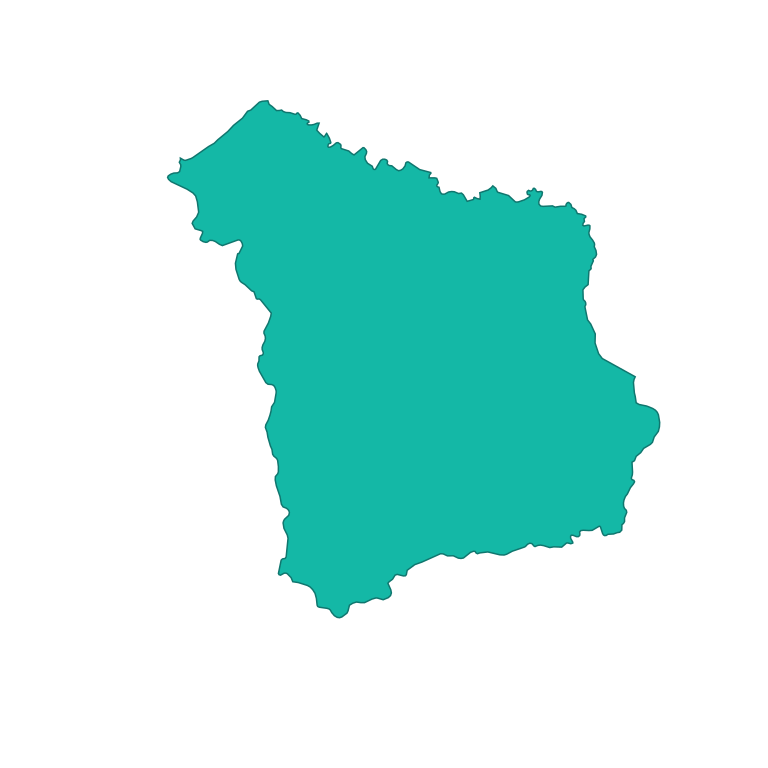 Piraera, Lempira, Honduras, rotated 110°
{"feature_id": "27666195B26013568254344", "entity_name": "Piraera", "entity_type": "district", "adm_level": 2, "iso_a3": "HND", "parent_name": "Honduras", "parent_adm1": "Lempira", "projection": "mercator", "projection_center": [-88.47, 14.049], "detail": "fine", "context": "isolated", "style": "filled", "palette": "teal", "viewbox_px": 768, "rotation_deg": 110, "n_neighbors": 0, "source": "geoboundaries", "source_scale": "gbopen_adm2", "svg_char_len": 6171}
<svg xmlns="http://www.w3.org/2000/svg" viewBox="0 0 768 768"><g transform="rotate(110 384 384)"><path d="M601.0,402.1L599.9,396.7L599.5,387.1L600.0,384.0L601.6,380.7L604.3,377.2L608.6,374.2L614.7,371.2L615.7,370.2L615.9,368.5L614.3,360.9L614.2,358.7L614.7,357.2L616.7,354.9L618.7,351.4L619.3,348.2L618.8,345.8L617.3,343.9L611.9,340.4L609.4,340.2L603.7,340.8L600.7,338.4L598.3,335.3L597.4,331.0L596.1,327.5L590.2,321.7L587.8,318.4L587.4,317.0L587.0,311.0L583.3,306.9L580.6,305.5L577.8,305.6L575.1,307.2L569.9,312.2L568.2,311.6L564.5,309.2L559.8,308.2L558.4,306.5L557.7,300.1L556.9,298.3L555.6,297.8L551.1,298.5L543.2,293.3L538.4,287.5L524.2,272.9L523.4,270.3L523.8,265.6L521.7,260.1L522.2,254.7L521.6,252.0L520.3,249.8L512.6,245.1L510.5,242.6L510.2,241.0L511.3,239.7L511.5,238.1L510.0,236.3L506.3,229.0L504.9,216.7L503.6,212.6L502.0,210.5L497.2,206.2L489.3,196.4L488.3,195.5L485.5,194.3L483.7,192.5L483.4,190.4L485.0,187.6L485.1,186.5L483.1,184.3L481.9,182.0L481.3,178.8L481.0,172.3L478.9,168.7L476.5,161.2L471.0,158.1L470.5,156.9L470.2,153.8L468.9,152.2L468.1,152.5L465.1,155.9L463.2,156.6L462.0,156.3L461.5,154.6L461.6,150.9L461.0,149.2L459.5,148.3L458.0,148.6L456.1,149.6L454.5,149.0L453.3,146.8L451.6,141.3L450.3,138.3L444.1,133.2L443.9,132.5L444.3,131.7L449.8,127.4L450.8,126.1L451.0,124.9L450.4,123.5L448.6,122.1L446.4,117.0L443.9,114.0L442.7,111.8L440.0,110.6L434.9,112.3L433.1,111.3L431.0,110.9L427.5,112.2L421.6,112.0L419.8,113.1L418.7,115.4L416.9,117.0L413.9,118.3L411.0,118.8L407.2,118.7L404.1,117.7L397.2,117.0L392.4,115.4L390.2,115.1L389.1,116.2L389.0,118.4L387.9,119.4L384.3,119.6L381.8,120.3L372.7,124.2L370.4,122.4L365.7,122.3L360.7,119.3L355.7,118.0L349.6,113.0L347.0,111.8L341.4,112.0L334.7,110.0L330.1,110.5L325.8,111.8L319.1,115.6L317.1,117.6L315.8,120.0L315.1,123.1L314.9,127.4L314.9,129.8L316.0,137.3L315.4,140.6L309.7,143.7L306.7,145.7L297.3,150.1L294.1,150.6L291.3,150.4L285.4,187.6L282.1,192.7L273.3,199.7L264.7,202.6L256.9,210.3L254.2,214.6L242.6,221.7L240.5,221.5L238.8,222.2L237.6,223.3L236.6,225.4L235.7,226.0L227.4,229.3L224.2,228.3L220.8,226.2L207.7,230.1L204.9,228.8L202.6,229.8L196.7,229.4L195.5,230.4L192.3,228.7L189.5,228.6L186.0,230.5L183.2,233.3L180.7,233.9L179.6,234.6L177.5,237.1L175.2,240.8L173.1,242.6L171.6,243.3L167.9,243.6L164.9,244.6L164.6,245.3L164.9,246.6L167.1,250.1L166.9,251.4L164.9,251.9L162.8,251.2L160.2,252.6L158.0,251.5L157.1,252.0L156.9,256.3L157.7,260.6L155.1,263.1L154.2,265.3L153.9,267.8L151.3,269.8L150.2,272.5L150.6,273.3L151.6,274.0L153.0,274.3L154.4,273.9L155.1,274.7L156.6,278.9L159.3,283.7L159.0,286.6L162.7,295.3L163.2,297.7L162.0,299.9L159.8,300.9L157.0,301.0L152.7,300.1L149.7,300.7L149.2,301.5L149.3,302.4L150.7,304.8L150.9,306.1L150.6,306.9L149.2,308.2L148.7,309.9L149.2,310.6L151.0,310.7L152.1,311.6L152.7,312.6L152.6,314.4L154.1,315.3L155.2,315.1L156.6,314.1L156.8,313.1L156.4,311.9L156.7,311.2L157.3,311.1L158.7,311.6L162.9,315.0L167.0,320.1L167.8,321.9L167.9,323.0L164.3,331.4L164.9,342.6L164.4,343.5L161.9,345.8L160.6,349.5L163.1,350.5L166.1,352.5L171.5,359.4L174.6,357.8L177.5,357.0L177.9,360.0L177.6,362.9L178.2,363.3L179.4,363.0L180.2,363.3L183.9,368.3L179.1,374.1L178.1,376.5L179.5,379.1L179.3,383.7L180.0,386.3L181.5,389.0L184.8,391.9L185.5,393.6L185.6,395.1L184.0,397.2L180.3,399.6L180.4,401.2L179.9,402.1L178.9,402.4L177.2,401.9L175.9,402.0L172.7,404.8L172.9,406.6L174.9,412.2L172.1,412.8L169.9,412.0L169.3,412.4L170.3,423.8L167.0,436.9L167.4,438.2L168.6,439.1L171.9,438.8L175.5,439.9L177.4,441.4L178.6,443.2L178.3,445.7L176.3,451.3L176.9,453.7L176.7,455.1L175.8,456.4L173.6,456.8L172.6,458.1L172.5,460.1L173.2,462.1L175.1,463.6L184.9,465.4L185.5,465.8L185.8,466.9L185.5,467.8L183.4,469.5L182.2,475.0L179.6,478.3L177.0,479.7L173.3,479.4L171.5,479.8L170.0,481.2L168.8,483.7L169.1,484.6L179.0,490.5L178.5,493.2L177.1,496.8L177.4,504.5L176.6,505.5L174.8,505.9L173.7,506.7L172.9,509.8L173.7,511.3L177.2,513.3L179.8,515.5L180.5,517.2L180.0,518.0L178.0,518.3L177.0,517.9L176.1,516.6L175.2,516.6L171.7,519.4L168.2,523.4L168.1,523.7L172.0,524.6L172.4,525.0L170.5,530.1L168.5,534.0L161.1,534.2L161.8,536.1L164.0,538.5L165.4,540.8L166.4,543.7L166.2,544.8L165.5,545.3L164.8,545.1L163.7,544.1L162.6,544.6L162.3,547.5L162.7,552.1L160.2,554.7L158.7,557.5L159.0,558.3L160.3,558.8L161.0,559.7L161.2,565.2L162.4,569.1L162.4,571.7L161.6,573.9L162.8,575.9L163.8,578.5L161.5,584.0L160.5,587.6L157.6,590.0L160.0,595.2L161.8,597.5L172.2,602.9L174.4,605.5L182.6,607.9L192.5,613.9L200.1,617.1L211.3,623.7L215.8,625.8L220.9,630.1L236.5,641.0L238.0,642.3L241.7,646.9L242.1,648.5L241.4,652.6L243.1,651.9L245.6,652.2L247.5,650.0L249.2,649.3L254.3,648.7L256.2,650.2L257.7,653.7L259.7,656.1L262.2,657.9L263.9,658.0L265.4,656.4L266.7,653.2L268.3,635.6L269.8,628.9L271.7,625.3L276.6,621.7L286.0,616.9L291.1,617.2L296.1,619.1L298.7,619.2L302.8,614.5L302.4,608.5L302.6,606.6L304.5,606.1L309.6,606.5L310.9,606.3L311.5,605.6L312.1,602.6L311.8,599.8L311.0,598.5L308.6,596.9L307.7,594.0L307.8,591.2L309.0,586.5L309.2,583.2L298.5,570.4L298.1,568.8L298.6,567.3L300.5,565.2L302.7,564.0L310.9,564.9L311.5,565.9L312.1,566.0L321.4,564.9L326.9,562.3L335.2,555.9L336.4,554.5L337.2,552.8L338.2,548.4L341.7,540.3L341.8,537.7L347.4,533.2L347.6,532.2L346.8,530.4L347.0,529.0L355.9,514.2L359.1,513.6L366.1,513.5L375.4,514.8L377.3,514.2L379.5,512.1L381.7,511.0L384.6,510.6L388.7,511.2L391.4,511.0L393.4,510.2L395.5,508.3L396.9,507.8L398.4,508.1L399.9,510.2L401.2,510.7L405.1,509.4L408.4,509.5L409.9,509.0L411.7,507.9L414.7,505.4L423.1,495.5L423.9,492.9L422.9,489.3L423.1,487.2L424.5,485.2L427.3,483.0L429.3,482.3L438.7,480.6L443.9,481.8L448.1,480.9L452.4,480.5L457.6,480.4L462.8,481.1L465.4,480.6L469.2,477.4L473.7,474.9L481.0,469.6L483.8,466.9L488.1,464.6L489.5,462.8L490.7,459.4L492.2,457.8L497.7,455.0L502.8,453.2L504.8,453.2L508.1,454.4L511.4,453.4L516.5,450.3L525.2,443.3L532.1,439.3L534.0,436.8L534.1,433.2L534.7,431.4L535.8,429.9L537.2,428.9L540.0,428.6L545.1,431.2L547.1,431.5L549.1,431.3L553.9,428.6L558.9,423.3L561.8,421.4L580.0,416.8L581.7,417.2L583.1,419.6L584.7,420.4L598.2,418.4L599.1,417.3L599.0,415.8L595.9,413.1L595.3,411.6L595.3,410.1L597.7,405.1L601.0,402.1Z" fill="#14b8a6" stroke="#0f766e" stroke-width="1.5"/></g></svg>